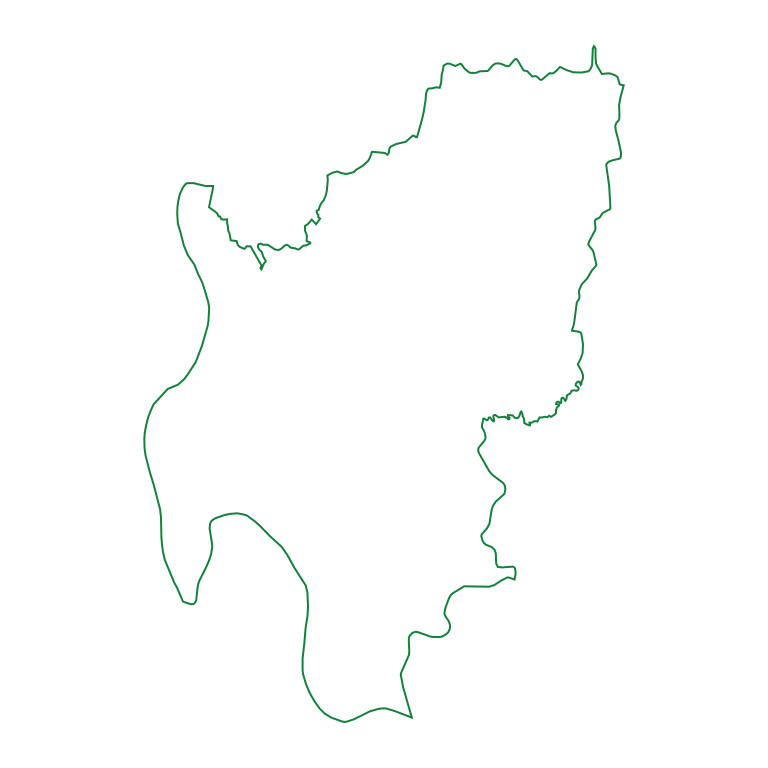 the district of Chi Linh, Hải Dương, Vietnam
{"feature_id": "81297802B28152038240632", "entity_name": "Chi Linh", "entity_type": "district", "adm_level": 2, "iso_a3": "VNM", "parent_name": "Vietnam", "parent_adm1": "Hải Dương", "projection": "equal_earth", "projection_center": [106.421, 21.128], "detail": "fine", "context": "isolated", "style": "outline", "palette": "green", "viewbox_px": 768, "rotation_deg": 0, "n_neighbors": 0, "source": "geoboundaries", "source_scale": "gbopen_adm2", "svg_char_len": 6052}
<svg xmlns="http://www.w3.org/2000/svg" viewBox="0 0 768 768"><path d="M623.7,85.3L621.3,84.9L619.9,84.2L619.5,83.7L617.6,77.2L615.5,75.5L610.8,73.7L608.3,73.3L601.9,74.0L597.1,65.9L596.1,63.5L595.6,58.6L595.5,48.6L594.5,46.7L593.8,46.1L592.8,48.9L592.1,65.4L590.4,69.1L588.5,71.3L581.6,72.5L573.2,72.3L566.3,70.0L560.5,67.1L559.7,67.1L557.0,70.3L553.4,73.2L551.4,73.5L549.7,73.1L542.4,79.3L541.3,79.9L539.7,79.4L538.0,77.5L536.5,76.5L535.3,76.1L532.3,76.5L527.3,71.2L524.2,70.6L523.2,69.9L517.9,60.7L516.4,59.0L515.7,58.9L514.6,59.6L509.4,65.7L508.4,66.2L506.8,66.2L500.7,63.7L497.3,63.3L495.3,63.6L492.5,65.5L488.4,70.5L487.5,71.0L479.9,71.3L475.8,72.9L470.6,72.9L468.7,72.1L464.6,68.7L461.6,64.4L460.4,63.7L455.4,66.0L449.7,63.7L447.4,63.6L446.4,64.0L443.6,65.6L442.9,70.3L441.7,74.7L441.2,82.3L439.7,87.8L436.2,87.3L432.5,88.3L428.4,88.6L426.8,91.0L426.0,94.1L425.6,99.8L423.7,112.0L422.0,119.5L417.0,137.2L415.8,137.1L414.2,135.8L412.6,135.7L405.7,141.8L396.2,144.0L391.0,146.5L390.3,147.1L389.3,149.0L388.7,153.0L387.6,154.7L384.5,152.9L372.0,151.8L369.9,157.7L368.2,160.8L363.0,165.6L355.8,170.0L354.0,172.0L346.7,174.0L341.3,173.1L337.9,171.7L336.6,171.6L332.1,172.9L327.4,175.5L327.8,180.2L326.9,190.1L326.0,194.7L323.7,200.4L321.8,202.5L319.8,206.1L318.7,209.9L316.7,210.7L316.6,211.3L317.3,213.7L318.3,214.7L318.3,217.2L320.1,218.6L316.1,224.2L311.8,219.6L308.2,223.8L304.9,226.0L305.1,230.9L306.9,235.3L306.6,241.0L306.9,241.4L308.9,241.8L310.2,242.6L310.3,243.3L306.0,245.5L303.3,245.7L298.9,249.5L297.2,249.3L295.0,248.3L290.7,247.7L287.8,245.2L286.7,244.8L285.1,245.3L281.1,248.8L278.4,250.1L274.9,249.4L267.7,244.7L263.2,244.8L260.6,243.7L259.0,244.0L258.1,245.0L257.9,246.5L258.3,248.0L259.7,250.1L261.6,251.7L263.5,257.2L265.8,261.0L265.6,261.7L263.9,263.6L261.4,269.4L260.4,268.0L261.6,265.6L250.6,246.4L246.5,246.3L245.1,248.4L244.5,248.7L243.3,248.5L240.0,247.0L238.6,245.9L237.6,244.5L236.7,241.1L230.7,240.3L229.7,234.5L229.2,232.5L228.2,230.7L228.0,227.2L227.1,223.0L227.1,219.3L223.4,219.6L221.3,219.2L220.0,216.4L218.5,216.3L217.5,214.0L216.5,212.7L209.0,207.2L212.8,189.1L213.1,186.0L205.4,186.0L193.5,183.1L186.9,183.2L185.7,184.0L183.1,187.2L179.8,194.2L178.4,200.5L177.5,206.4L177.2,213.8L177.9,223.7L180.5,232.5L183.8,245.3L187.7,254.9L194.4,264.7L198.1,274.1L202.1,282.1L204.9,290.6L208.2,301.9L209.2,307.9L208.4,321.5L207.7,325.8L201.8,346.3L195.7,362.1L187.5,374.8L183.8,379.5L177.8,384.8L167.8,388.9L153.7,404.2L151.6,408.7L148.7,415.7L147.8,418.7L146.0,426.0L144.7,433.3L144.3,439.1L144.6,448.8L145.6,455.7L149.6,471.3L154.0,485.9L160.1,509.4L161.0,517.4L161.4,537.3L162.1,545.7L163.0,552.0L164.8,559.9L174.5,583.2L176.8,587.2L183.0,601.6L190.6,604.2L193.1,604.2L194.6,603.2L196.2,600.6L197.7,586.5L198.4,583.5L199.6,580.2L206.1,567.3L209.2,560.1L211.2,553.7L212.2,546.6L212.0,543.5L209.6,528.4L210.1,523.8L210.8,522.1L212.4,520.1L215.5,518.2L224.4,515.1L229.8,513.9L237.5,513.3L244.4,514.7L247.1,515.6L255.2,521.6L260.5,526.4L269.6,535.8L281.8,547.0L287.4,555.1L294.4,567.8L305.8,585.6L307.4,592.3L308.0,606.3L307.5,615.8L305.6,628.0L304.4,642.4L302.6,658.7L302.6,670.6L303.1,674.2L305.8,683.5L309.5,692.5L314.4,701.2L319.7,708.6L324.6,713.5L331.3,717.6L342.2,721.5L344.4,721.9L346.7,721.7L353.9,719.3L370.0,711.3L379.2,708.7L382.8,708.4L386.3,708.5L394.9,711.1L411.8,717.6L403.1,687.2L400.8,675.1L401.0,673.2L409.0,654.8L409.3,650.9L408.8,641.8L408.9,638.5L409.1,637.0L409.8,635.6L412.5,632.8L415.5,631.8L417.8,632.1L430.5,636.6L432.9,636.9L440.1,637.0L441.9,636.6L445.2,634.9L447.2,633.3L448.3,632.1L449.3,630.0L449.9,628.4L450.1,625.8L449.3,622.6L448.3,620.5L446.1,617.4L444.5,614.1L444.6,611.7L445.6,607.4L447.4,602.4L449.2,597.7L451.2,594.6L453.0,593.1L464.1,586.3L489.1,586.7L494.5,585.0L500.9,580.7L507.4,577.4L509.5,577.7L514.5,579.5L515.5,574.5L515.6,571.8L514.8,568.0L513.1,566.6L502.2,567.4L497.9,566.9L496.2,563.7L495.8,553.5L494.9,550.4L492.1,547.3L485.7,544.6L483.9,543.0L482.6,540.8L481.4,536.7L481.4,535.1L481.9,534.1L486.9,528.4L489.4,523.9L491.7,509.6L493.1,505.6L495.5,501.9L503.8,494.4L504.6,493.3L505.3,489.3L505.0,486.0L503.4,483.2L492.4,474.9L489.3,471.3L479.5,454.1L478.3,451.6L478.3,448.6L478.8,447.5L484.5,440.6L485.5,438.3L485.4,435.7L484.3,431.5L481.9,427.3L482.0,424.9L483.4,418.5L484.3,418.5L486.6,420.2L487.3,420.2L487.9,419.8L488.8,417.6L490.1,417.4L492.3,420.5L493.1,421.3L493.8,421.3L494.2,420.4L493.3,416.2L493.6,415.4L494.6,415.0L495.3,415.0L498.7,417.4L504.8,416.7L508.6,419.4L509.3,419.2L509.6,418.0L507.8,416.1L508.0,415.1L512.6,415.4L514.9,417.9L517.2,418.2L518.0,417.9L519.3,416.2L520.6,411.9L521.3,411.5L522.3,413.5L522.7,416.5L524.0,418.5L524.3,423.0L526.7,424.4L530.0,425.4L530.2,424.7L529.6,423.5L529.5,422.6L531.8,422.7L534.4,421.1L537.4,421.5L539.6,417.4L542.1,417.5L544.6,416.8L547.3,417.2L549.2,415.7L551.0,416.9L554.9,414.4L556.0,412.9L556.0,410.4L556.9,407.4L558.9,405.8L559.0,405.1L558.5,404.5L556.1,404.0L556.5,402.4L557.1,401.9L558.6,401.7L560.2,403.2L560.9,403.1L561.2,402.4L561.3,399.0L561.9,398.0L562.9,397.7L563.9,398.5L564.9,400.6L565.4,400.8L566.4,399.1L567.0,395.3L570.3,393.4L571.6,390.7L574.1,390.3L576.7,390.8L577.9,390.2L578.6,389.1L578.6,387.8L577.8,386.9L575.9,385.7L575.6,385.0L575.9,383.7L577.4,382.0L578.3,381.5L579.0,381.7L579.8,382.3L580.7,384.9L581.4,384.2L581.5,381.7L582.7,379.4L583.1,376.4L582.8,374.5L581.7,371.4L577.8,364.4L580.7,358.6L582.6,353.1L583.0,344.2L581.6,335.1L581.2,333.4L580.5,332.4L579.2,331.8L571.9,330.7L573.7,325.0L574.4,321.0L576.8,302.5L579.4,298.3L579.5,297.2L579.0,291.6L579.2,290.0L581.8,284.2L587.0,278.7L591.8,270.6L596.2,265.5L596.4,264.6L593.4,251.8L592.2,249.6L590.0,247.0L588.2,244.3L589.1,241.6L595.0,230.4L595.5,228.6L594.9,221.1L595.6,219.5L599.7,217.5L602.6,213.0L609.7,209.3L610.3,208.7L610.3,205.0L609.1,185.3L606.3,165.8L606.3,164.3L608.5,161.8L612.2,160.4L619.7,158.6L620.3,158.0L620.8,156.4L621.1,154.0L620.8,151.5L618.5,140.6L615.9,130.9L615.3,126.8L615.4,125.4L616.4,122.9L618.8,120.1L619.3,118.9L619.4,113.5L619.1,105.1L620.3,98.1L623.7,85.3Z" fill="none" stroke="#15803d" stroke-width="2"/></svg>